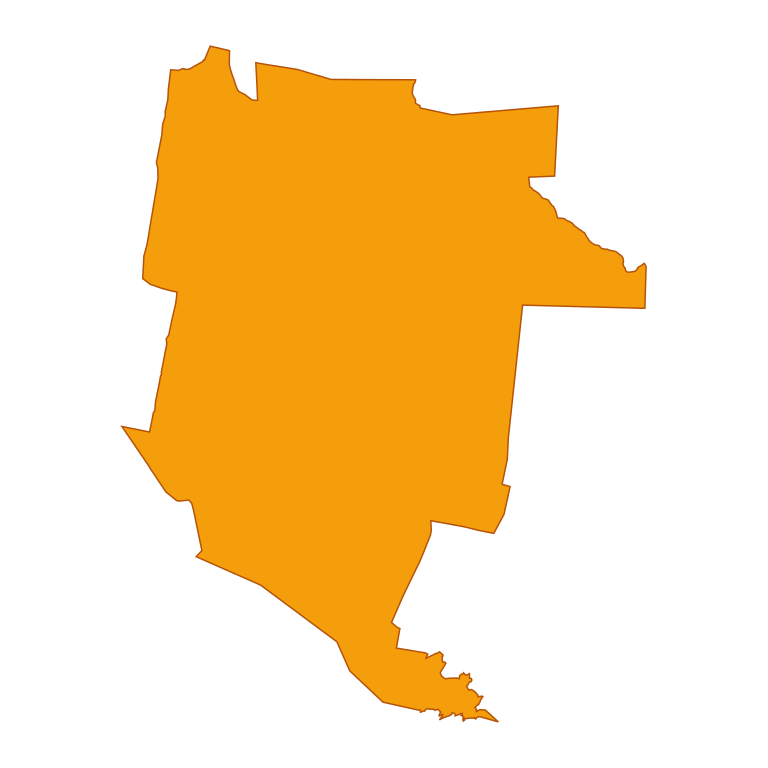 outline of Rayón, Chiapas, Mexico
{"feature_id": "50627088B72568920303680", "entity_name": "Rayón", "entity_type": "district", "adm_level": 2, "iso_a3": "MEX", "parent_name": "Mexico", "parent_adm1": "Chiapas", "projection": "robinson", "projection_center": [-92.989, 17.185], "detail": "fine", "context": "isolated", "style": "filled", "palette": "amber", "viewbox_px": 768, "rotation_deg": 0, "n_neighbors": 0, "source": "geoboundaries", "source_scale": "gbopen_adm2", "svg_char_len": 5075}
<svg xmlns="http://www.w3.org/2000/svg" viewBox="0 0 768 768"><path d="M170.7,69.8L168.4,88.8L167.8,99.9L165.2,111.5L165.2,116.4L162.7,124.1L161.8,135.1L156.4,162.7L157.8,168.1L158.0,178.5L157.4,182.3L156.7,186.7L155.7,192.8L154.6,199.0L153.6,205.1L153.5,205.5L152.6,211.3L151.5,217.5L150.5,223.6L150.4,224.2L149.3,231.0L148.2,237.8L147.0,244.5L145.6,249.9L143.9,255.9L143.6,261.6L143.3,267.3L143.0,272.9L142.7,278.6L150.4,284.4L156.2,286.4L162.0,288.4L166.1,289.5L173.0,291.3L173.8,291.3L176.9,292.2L176.4,298.6L176.3,298.8L175.6,304.0L171.9,319.8L170.7,325.8L169.7,330.2L168.8,334.8L166.2,339.1L166.8,344.1L164.9,353.5L164.6,355.1L163.7,359.8L162.6,365.6L161.3,372.4L161.4,374.7L161.1,375.5L160.6,375.7L159.1,384.2L155.5,401.8L154.8,411.0L154.4,411.2L153.3,412.8L153.1,414.1L152.9,415.3L151.9,420.5L150.8,425.9L149.5,432.0L145.6,431.2L137.7,429.6L136.3,429.3L132.6,428.6L127.5,427.6L123.9,426.8L121.9,426.5L122.5,427.3L129.2,437.2L130.7,439.4L132.2,441.6L136.2,447.5L149.7,467.3L150.1,468.3L154.9,475.4L155.1,475.7L156.2,477.4L157.2,478.9L160.9,484.5L162.1,486.2L163.3,488.1L164.4,489.6L166.0,492.0L171.3,496.3L176.6,500.6L177.0,500.7L178.7,501.1L184.7,500.5L188.9,500.1L191.7,503.4L193.5,510.0L194.2,513.3L196.1,522.6L200.3,542.9L201.9,550.5L196.2,556.7L260.6,585.1L336.9,641.8L349.8,670.9L351.0,672.0L382.8,702.0L383.0,702.2L418.5,710.1L420.2,710.0L420.5,712.2L423.8,710.9L424.6,711.1L424.6,710.9L426.0,709.2L426.4,709.0L428.4,709.0L433.9,709.3L434.9,710.4L435.5,710.0L437.5,709.5L438.1,709.3L440.7,712.1L439.4,714.3L439.2,715.3L439.1,715.8L439.6,716.0L442.5,714.3L442.9,714.6L441.9,716.7L440.4,718.5L439.8,719.4L440.0,719.6L442.9,717.9L449.2,715.8L451.8,714.3L452.0,713.1L453.7,712.9L455.1,714.1L455.2,715.9L460.4,713.9L460.9,713.6L462.3,713.4L462.3,713.9L461.1,715.5L462.7,715.6L463.1,718.0L463.6,717.8L463.3,719.1L462.8,719.8L463.3,721.0L463.8,720.4L464.7,720.1L464.7,718.7L467.4,718.5L468.0,718.3L472.0,718.0L473.3,718.2L474.1,717.5L475.6,719.0L477.1,717.3L479.5,716.6L498.4,721.9L492.5,716.6L485.1,709.9L481.7,709.8L480.5,709.6L479.2,709.9L476.4,711.6L476.3,711.2L476.4,709.5L475.8,708.2L474.9,707.4L478.2,704.5L478.4,704.5L478.4,704.2L478.8,704.1L478.8,703.5L480.1,701.6L480.4,701.1L480.4,700.5L480.8,699.5L481.5,698.5L482.3,697.6L482.7,696.6L482.8,696.5L482.5,696.3L481.4,696.2L478.0,696.8L477.9,696.5L477.9,695.3L477.6,694.7L474.5,691.3L473.6,691.0L471.7,689.5L468.9,690.2L466.6,686.1L468.2,684.4L469.5,681.8L471.3,681.6L471.8,680.3L471.5,678.6L469.5,678.2L469.5,676.2L469.4,673.7L466.5,675.1L465.9,675.1L464.6,674.1L463.6,672.8L462.9,673.8L461.1,674.3L459.6,675.8L459.2,678.7L456.3,678.0L448.3,678.3L445.2,678.8L441.5,676.0L440.2,672.7L445.9,663.3L444.7,662.0L443.9,662.5L443.0,662.3L442.6,661.6L442.6,660.8L442.3,660.2L442.2,658.8L442.1,656.9L442.9,656.1L443.1,655.2L439.6,651.8L437.0,653.4L436.3,653.3L425.9,658.3L426.0,657.9L427.5,654.9L427.8,654.2L425.4,652.9L396.4,648.1L399.9,628.5L397.0,627.2L391.5,622.5L402.2,598.0L404.4,593.2L410.4,580.8L413.8,573.8L419.1,562.9L419.5,562.1L423.8,551.9L430.5,535.0L431.3,530.0L430.8,520.7L458.9,525.8L464.2,526.8L478.8,530.4L493.8,533.4L504.0,514.3L510.1,486.6L502.1,484.3L507.3,459.4L508.3,438.3L522.6,305.1L563.2,306.2L644.9,308.3L645.0,302.8L646.1,266.5L644.4,263.5L644.1,263.3L642.9,264.4L641.8,265.0L640.8,265.9L639.1,266.7L637.9,267.5L637.0,269.2L636.4,270.1L635.2,271.1L634.0,271.5L633.8,271.5L632.0,271.8L629.4,272.2L627.6,272.0L626.2,271.5L625.4,269.6L625.1,268.0L623.7,266.4L622.8,263.6L623.5,261.9L623.2,258.9L622.7,257.5L620.9,255.3L619.6,254.5L616.6,252.1L615.0,251.3L612.1,250.7L610.6,250.4L609.0,250.2L608.4,249.8L607.5,249.2L605.7,249.3L604.1,249.0L601.7,248.5L601.7,248.4L600.3,247.4L599.9,246.4L598.6,245.4L596.9,245.2L595.7,245.2L594.4,244.5L591.9,243.1L590.0,241.4L589.2,240.7L588.8,239.9L587.9,238.4L587.1,237.6L585.1,233.8L584.2,232.5L583.1,232.1L582.4,231.6L580.8,230.2L578.7,229.1L576.4,227.2L575.3,226.4L573.8,225.1L573.5,224.4L571.3,222.6L569.3,221.5L567.1,220.7L564.3,218.7L561.3,218.2L558.1,218.3L557.4,217.3L556.8,215.7L556.7,214.9L556.4,213.5L555.5,210.6L553.5,206.6L551.6,205.0L550.1,202.9L548.2,200.0L545.5,198.9L543.0,198.4L541.6,197.2L540.1,195.0L538.1,193.0L535.0,190.9L533.4,190.0L531.6,188.0L529.6,186.6L529.7,186.0L528.7,177.2L554.6,176.1L558.3,105.8L451.9,114.8L420.2,108.0L419.9,105.7L417.8,104.6L415.6,103.3L415.3,102.0L415.6,100.9L415.3,99.1L414.7,98.4L413.4,96.5L412.9,94.9L412.1,93.3L412.5,91.1L412.7,88.9L412.8,87.6L413.5,85.3L413.7,84.1L414.6,83.2L414.9,82.3L415.4,81.3L415.6,79.8L394.4,79.7L393.1,79.7L381.8,79.7L371.0,79.6L360.4,79.6L345.9,79.5L343.7,79.5L330.9,79.4L321.9,76.7L307.8,72.6L303.0,71.1L297.1,69.4L291.5,68.5L288.9,68.1L281.6,66.9L278.3,66.4L271.2,65.3L263.1,64.0L262.6,63.9L255.8,62.7L257.0,86.3L257.6,100.3L257.3,100.4L257.0,100.4L252.9,100.1L251.2,99.4L245.1,94.7L239.0,91.6L237.5,89.8L235.3,84.0L234.0,79.9L231.8,73.8L230.2,68.5L229.3,64.8L229.4,57.6L229.5,51.2L229.5,50.7L210.2,46.1L204.4,60.2L203.5,60.0L202.9,61.4L189.1,69.2L185.0,69.4L184.4,68.9L182.4,68.6L178.7,70.4L173.3,70.0L170.7,69.8Z" fill="#f59e0b" stroke="#b45309" stroke-width="1.5"/></svg>